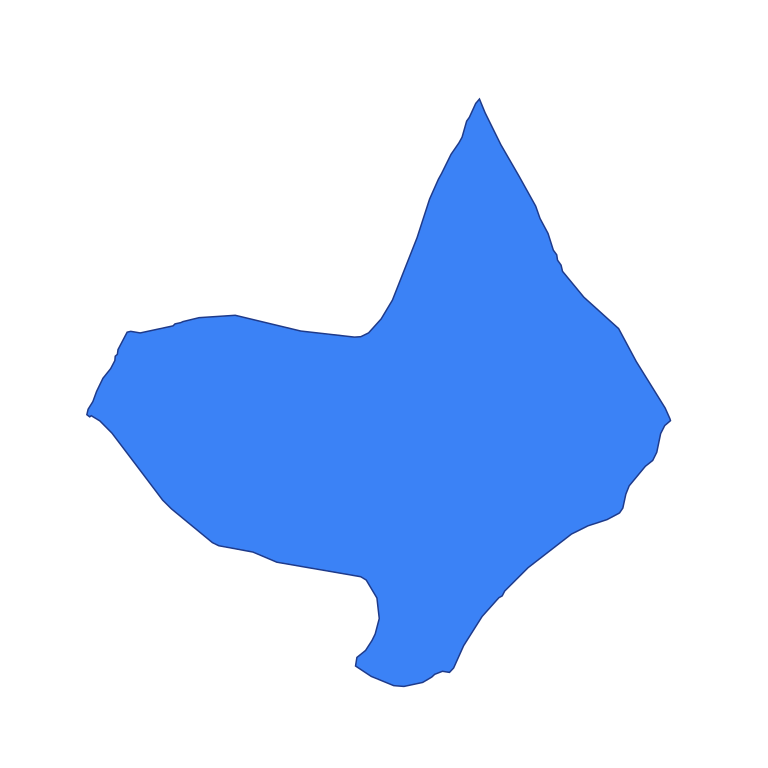 Santa Bárbara, Huehuetenango, Guatemala, rotated 189°
{"feature_id": "79465075B43226162523151", "entity_name": "Santa Bárbara", "entity_type": "district", "adm_level": 2, "iso_a3": "GTM", "parent_name": "Guatemala", "parent_adm1": "Huehuetenango", "projection": "orthographic", "projection_center": [-91.62, 15.332], "detail": "fine", "context": "isolated", "style": "filled", "palette": "blue", "viewbox_px": 768, "rotation_deg": 189, "n_neighbors": 0, "source": "geoboundaries", "source_scale": "gbopen_adm2", "svg_char_len": 1377}
<svg xmlns="http://www.w3.org/2000/svg" viewBox="0 0 768 768"><g transform="rotate(189 384 384)"><path d="M672.7,307.2L669.5,305.5L668.2,306.9L658.9,303.1L645.0,292.9L609.6,258.9L584.5,234.7L574.4,227.4L528.7,200.5L521.9,198.4L487.2,197.5L461.9,191.2L376.8,190.0L370.9,187.6L357.5,171.5L352.0,151.6L353.6,135.7L355.7,128.9L360.5,118.0L368.0,109.7L368.0,101.0L350.9,93.2L327.2,87.6L317.0,88.4L299.1,95.3L290.9,102.1L288.5,105.2L281.3,109.4L274.2,109.4L270.8,114.4L264.4,138.0L250.7,169.8L237.1,190.9L234.1,193.2L232.4,198.4L212.9,225.2L175.4,265.1L160.4,275.8L142.4,285.0L131.2,293.5L128.7,298.8L127.9,313.0L125.9,321.8L113.0,343.6L106.6,350.6L103.9,359.3L103.0,378.3L100.2,386.9L95.3,392.6L96.2,394.5L102.5,404.2L138.4,445.7L160.9,475.4L200.2,501.0L225.3,523.2L227.7,529.1L232.0,533.5L233.6,538.6L237.7,542.7L245.5,558.3L255.8,571.9L262.0,583.4L282.9,610.1L306.0,638.6L326.7,667.9L334.3,680.4L337.3,675.5L341.4,660.8L343.5,656.6L345.5,640.0L347.7,633.9L353.7,621.4L360.1,600.8L362.3,594.8L367.9,573.8L374.2,533.8L388.8,468.2L397.0,447.8L407.2,432.1L414.3,427.1L420.5,425.7L474.5,423.3L541.7,428.6L577.0,420.6L592.3,414.2L594.4,412.8L599.8,410.7L601.5,408.4L632.8,396.3L642.4,396.4L645.8,395.0L652.1,376.4L652.0,371.6L653.8,369.4L653.5,365.0L656.4,356.4L662.5,345.7L666.7,331.8L668.8,321.1L672.3,312.8L672.7,307.2Z" fill="#3b82f6" stroke="#1e3a8a" stroke-width="1.5"/></g></svg>